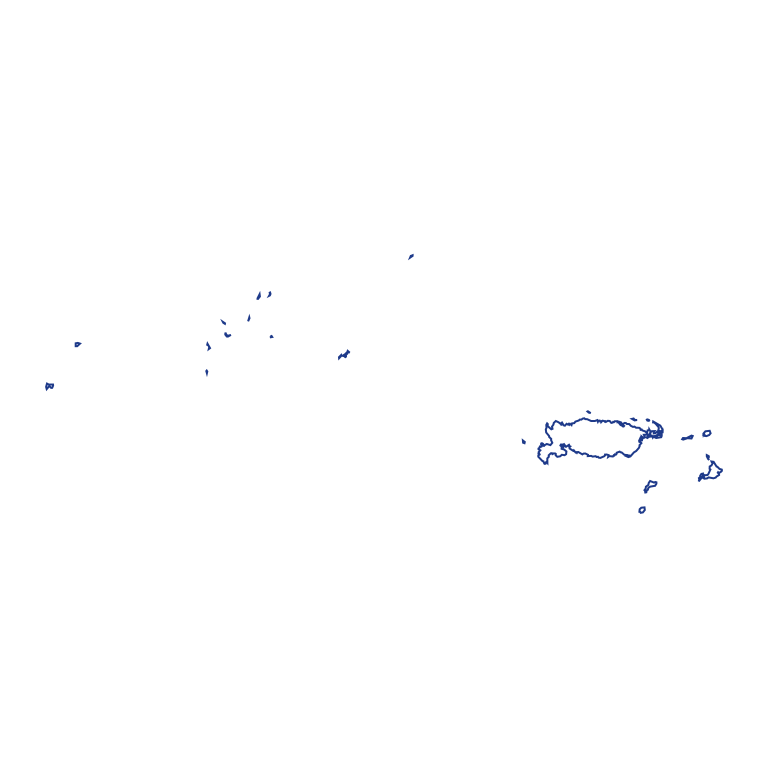 Manus District, Manus, Papua New Guinea
{"feature_id": "67681753B50944045415739", "entity_name": "Manus District", "entity_type": "district", "adm_level": 2, "iso_a3": "PNG", "parent_name": "Papua New Guinea", "parent_adm1": "Manus", "projection": "robinson", "projection_center": [146.566, -1.667], "detail": "fine", "context": "isolated", "style": "outline", "palette": "blue", "viewbox_px": 768, "rotation_deg": 0, "n_neighbors": 0, "source": "geoboundaries", "source_scale": "gbopen_adm2", "svg_char_len": 6123}
<svg xmlns="http://www.w3.org/2000/svg" viewBox="0 0 768 768"><path d="M585.2,419.1L584.3,418.3L582.7,418.6L581.4,419.6L579.7,419.6L578.8,420.5L575.4,421.6L574.3,423.1L572.0,423.4L571.5,425.1L570.0,423.8L569.3,424.7L568.7,423.9L568.0,424.6L566.6,423.8L564.9,425.7L563.6,425.3L562.2,422.8L561.8,423.3L562.5,424.2L561.4,424.7L561.0,423.4L560.6,423.9L558.6,422.3L555.8,421.0L553.8,422.9L553.4,424.7L552.0,426.6L552.5,428.8L551.3,429.3L547.6,426.0L547.8,424.1L547.1,423.4L546.3,424.9L546.5,427.8L545.8,429.4L546.2,432.5L549.1,436.0L549.2,437.0L551.2,438.9L551.1,440.2L552.3,442.8L550.4,445.1L546.8,444.0L544.0,445.5L543.0,443.8L541.9,443.2L541.2,443.5L541.1,444.5L542.4,445.7L541.4,445.6L541.4,446.6L540.7,446.9L539.8,446.6L539.5,447.8L538.5,448.5L538.5,449.2L540.3,450.3L538.6,452.2L539.5,454.2L538.6,454.2L538.9,455.1L538.3,455.6L538.3,456.7L542.5,461.1L543.4,461.3L544.3,463.6L544.9,463.9L545.6,463.6L545.5,462.7L546.4,461.9L547.4,463.0L547.3,458.4L548.8,456.8L548.7,455.3L550.8,453.3L551.9,453.2L552.4,454.1L553.7,453.4L555.3,453.5L555.8,453.9L555.7,455.3L557.3,456.8L560.2,456.3L561.8,454.8L564.6,455.2L566.1,454.2L566.4,451.4L564.1,449.5L561.6,448.8L561.7,446.6L560.4,445.5L560.9,444.5L562.1,444.5L562.3,446.1L563.4,447.1L564.1,446.2L563.5,444.4L564.0,444.1L566.0,446.8L569.0,444.8L569.4,445.6L569.0,446.1L570.2,446.5L569.4,447.4L569.6,448.5L573.3,450.9L573.8,450.3L575.6,452.5L576.3,452.2L576.9,452.9L577.4,452.1L578.3,452.0L582.4,454.4L583.5,453.6L585.3,453.5L588.0,454.8L587.8,456.1L591.2,455.9L592.6,456.6L595.7,456.2L596.5,457.0L598.0,456.8L598.6,457.6L600.4,457.9L604.3,456.2L605.2,455.2L605.1,454.6L606.6,454.5L608.6,455.1L608.2,456.9L609.3,456.1L612.9,456.5L613.8,455.2L614.4,455.5L615.0,454.3L615.9,454.6L616.6,453.8L616.7,452.7L619.7,451.6L620.5,452.3L621.6,452.4L624.4,454.8L627.7,455.1L628.9,455.9L629.6,455.6L630.1,456.4L630.5,456.3L633.9,452.4L636.2,451.0L638.9,447.9L639.7,446.0L639.5,445.2L641.4,443.1L640.7,442.2L639.4,441.9L639.1,440.8L640.7,437.3L641.5,437.4L641.5,436.3L642.5,437.1L641.2,438.1L641.4,439.0L640.1,439.6L640.3,440.2L642.0,440.3L642.2,439.1L643.6,437.6L644.4,437.7L644.9,437.1L643.9,434.8L649.4,434.5L650.6,431.8L649.2,429.3L649.1,430.1L647.6,430.4L647.0,433.2L645.2,431.4L642.3,430.4L641.7,429.5L640.6,429.8L640.2,428.5L639.2,427.8L636.0,427.7L634.5,426.6L633.0,426.9L630.8,425.8L629.3,424.1L626.6,423.9L626.0,423.1L624.8,422.9L623.6,423.5L622.7,424.7L624.1,425.9L623.6,426.5L622.8,426.4L621.3,425.0L622.1,423.9L621.5,423.1L620.3,424.7L619.2,423.3L620.2,422.1L618.7,421.6L617.5,422.2L617.3,421.2L614.6,421.3L614.0,422.1L613.1,421.9L612.7,422.6L611.3,422.9L609.7,421.0L607.8,420.8L605.9,421.9L605.5,421.3L604.9,421.7L604.2,421.0L602.5,420.7L601.2,422.1L601.0,421.2L600.1,421.4L599.7,420.6L598.4,420.7L597.9,421.7L597.3,420.1L594.9,421.0L591.1,421.0L587.2,419.2L585.2,419.1ZM713.6,461.8L711.5,461.5L711.8,462.2L712.7,462.5L712.7,463.1L711.5,465.4L709.7,466.5L709.6,468.9L710.4,469.5L708.3,474.1L707.5,475.0L704.6,475.3L703.7,474.7L702.8,475.3L702.9,473.6L701.4,473.9L700.2,475.7L700.3,476.9L698.9,478.1L699.3,479.4L698.7,481.4L702.0,477.3L701.2,477.7L701.7,476.9L703.3,476.7L704.0,477.1L704.0,477.7L702.5,477.6L704.4,478.7L707.1,478.4L708.6,477.4L713.4,478.3L715.7,477.6L716.6,476.5L719.1,475.0L719.0,473.8L717.8,472.7L718.1,472.2L718.7,472.8L720.5,472.2L721.9,470.8L721.8,469.6L719.5,468.9L717.3,466.7L716.6,466.6L713.6,461.8ZM662.7,429.7L660.3,425.6L653.2,421.5L653.1,422.4L654.1,422.5L655.8,423.9L658.6,427.2L658.8,428.1L658.1,431.3L658.5,431.9L659.7,430.1L659.1,434.7L659.4,435.1L658.2,434.9L657.1,436.1L655.9,435.9L654.9,436.6L654.7,436.0L656.4,435.6L658.8,433.3L657.1,431.7L655.3,433.2L653.8,433.4L653.6,432.1L654.4,431.1L651.7,431.2L651.0,431.7L649.7,434.9L650.6,435.2L649.1,435.6L648.6,434.8L648.1,435.0L647.7,436.5L646.5,437.5L647.4,438.0L648.8,436.9L651.0,436.5L652.7,436.8L652.9,437.5L653.5,436.7L656.2,438.0L661.2,437.2L661.7,435.9L661.7,433.4L660.8,433.7L660.4,431.9L662.1,430.3L661.9,432.0L662.6,432.1L662.7,429.7ZM650.1,481.0L648.8,482.8L648.3,485.0L645.9,486.7L645.7,488.5L644.5,490.1L645.4,490.8L645.1,491.6L645.3,492.5L646.3,492.3L646.7,490.4L647.9,489.7L648.2,488.2L648.8,487.5L650.3,486.6L655.1,485.8L656.4,483.7L656.4,482.3L655.2,482.0L654.1,482.6L650.1,481.0ZM709.7,430.8L705.4,431.3L703.4,433.6L703.5,434.5L703.9,433.7L704.4,434.4L703.5,435.1L704.6,435.9L706.5,436.1L709.2,435.0L710.6,433.3L709.7,430.8ZM642.9,512.4L644.8,510.0L644.5,507.4L641.3,507.7L639.7,509.2L639.4,511.8L640.3,512.0L640.7,512.8L642.9,512.4ZM48.7,384.5L47.0,383.6L46.1,386.9L46.7,389.1L48.9,386.5L49.8,386.5L51.2,387.9L52.2,387.8L53.1,385.6L53.0,384.5L48.7,384.5ZM691.5,438.5L692.7,436.0L691.5,435.6L686.4,438.2L683.0,438.0L682.2,439.2L683.2,439.6L687.5,438.2L691.5,438.5ZM349.7,352.6L347.7,350.9L347.4,351.9L345.0,354.3L342.5,355.8L344.1,356.1L345.3,357.1L346.0,356.6L345.9,355.0L347.3,353.6L347.5,352.1L349.7,352.6ZM75.7,346.2L77.2,346.2L80.0,343.6L77.8,342.9L75.7,343.3L75.7,346.2ZM228.4,335.7L226.5,335.1L225.4,332.6L225.3,334.6L226.8,336.5L227.9,336.6L230.9,334.9L228.4,335.7ZM258.0,298.9L259.9,296.5L259.6,294.2L257.6,298.2L257.5,298.8L258.0,298.9ZM709.1,460.0L708.2,458.6L708.2,457.8L708.9,457.0L708.7,456.1L706.8,455.1L706.8,456.3L708.0,458.8L709.1,460.0ZM524.5,443.2L524.8,442.0L522.9,440.5L523.1,442.7L524.5,443.2ZM410.1,257.6L412.6,255.9L412.6,255.2L410.8,255.9L410.1,257.6ZM633.6,418.5L632.0,418.9L634.6,420.4L637.1,420.0L634.7,419.9L633.6,418.5ZM208.8,349.0L210.0,348.1L207.5,343.7L207.2,344.8L208.5,345.5L209.2,347.2L208.8,349.0ZM339.1,358.2L341.4,355.7L341.2,355.0L339.0,357.2L339.1,358.2ZM272.2,337.0L271.1,335.3L271.4,336.9L269.9,337.4L272.2,337.0ZM647.2,419.4L646.8,419.7L647.4,420.6L648.7,420.8L648.8,420.3L649.6,421.0L649.0,420.0L647.2,419.4ZM629.4,456.1L627.1,456.5L628.4,457.1L629.6,456.7L629.4,456.1ZM269.9,295.4L270.5,293.9L270.1,292.5L269.7,292.7L270.0,294.2L269.1,295.8L269.9,295.4ZM248.1,321.3L249.5,318.2L249.3,317.4L248.1,321.3ZM590.7,413.1L587.9,411.3L587.5,411.5L588.7,412.6L590.7,413.1ZM206.9,373.2L207.3,371.5L206.7,370.6L206.3,371.1L206.9,373.2ZM224.9,323.8L225.0,323.3L222.8,321.8L223.3,322.8L224.9,323.8Z" fill="none" stroke="#1e3a8a" stroke-width="2"/></svg>